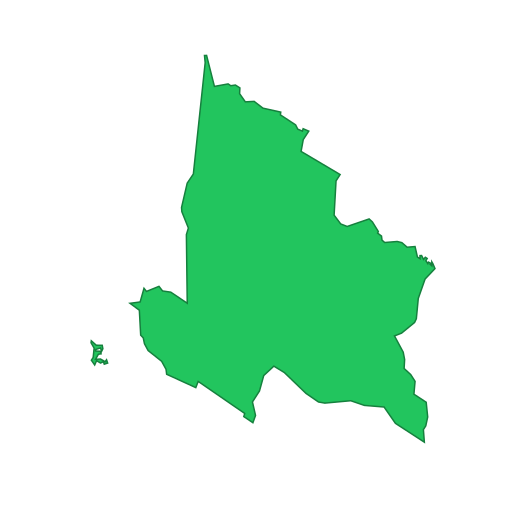 Galway City Central Lea-6, Galway, Ireland (Equal Earth projection), rotated 83°
{"feature_id": "5873133B36266904868513", "entity_name": "Galway City Central Lea-6", "entity_type": "district", "adm_level": 2, "iso_a3": "IRL", "parent_name": "Ireland", "parent_adm1": "Galway", "projection": "equal_earth", "projection_center": [-9.064, 53.286], "detail": "fine", "context": "isolated", "style": "filled", "palette": "green", "viewbox_px": 512, "rotation_deg": 83, "n_neighbors": 0, "source": "geoboundaries", "source_scale": "gbopen_adm2", "svg_char_len": 1800}
<svg xmlns="http://www.w3.org/2000/svg" viewBox="0 0 512 512"><g transform="rotate(83 256 256)"><path d="M461.3,111.6L448.7,111.0L445.3,108.2L436.7,105.2L421.9,104.9L412.4,116.1L399.8,113.4L392.5,116.9L385.7,122.7L376.9,121.1L369.4,121.6L352.2,128.3L350.3,120.9L341.3,106.7L337.8,104.5L317.9,100.1L299.5,91.0L290.3,79.9L285.1,81.4L283.3,82.2L287.2,82.7L285.5,84.1L284.8,83.1L283.1,85.6L284.5,86.4L281.4,88.0L279.3,86.4L277.9,88.1L279.8,90.1L275.7,91.6L275.6,93.2L278.7,93.5L276.7,95.9L266.0,97.0L265.7,104.9L260.5,109.6L258.8,114.1L258.3,126.6L255.6,129.0L251.5,129.0L248.1,132.5L246.6,131.6L236.4,136.3L233.0,139.2L237.8,161.9L234.5,168.0L225.0,173.5L191.2,167.4L185.4,162.6L157.7,198.5L146.2,194.9L138.5,188.4L135.4,193.7L137.7,194.7L135.2,199.1L130.7,200.7L118.9,214.6L116.2,213.9L110.1,231.1L102.3,239.0L101.7,247.8L92.9,252.5L87.2,251.5L83.8,255.6L83.9,260.3L81.8,262.7L82.6,276.6L50.9,280.6L50.7,282.7L58.0,282.9L167.0,308.2L175.3,315.4L198.8,324.0L203.0,324.2L220.0,319.7L226.3,322.5L294.5,330.0L281.5,345.0L279.3,353.0L274.3,356.0L277.8,369.0L274.4,371.1L287.5,376.6L287.6,386.8L295.6,378.4L320.5,380.1L323.5,377.9L329.5,377.4L336.7,374.6L349.0,362.5L357.5,359.1L362.5,359.1L379.3,331.8L373.5,328.7L374.9,327.0L410.9,286.4L413.9,287.7L421.1,279.4L414.2,275.9L400.4,277.3L390.4,269.0L375.6,262.9L367.5,251.7L375.1,242.1L398.5,223.1L408.5,211.8L410.4,205.6L411.2,179.6L417.5,166.6L421.5,147.3L439.1,138.0L461.3,111.6ZM339.3,422.9L339.0,427.9L334.3,424.4L334.2,421.7L331.6,422.1L330.8,426.6L329.3,426.7L328.3,421.6L331.7,420.8L329.4,419.3L325.9,419.5L325.1,425.4L320.1,429.8L322.0,430.3L327.7,427.9L336.9,430.0L339.4,432.1L344.5,429.4L340.5,427.0L343.3,423.3L342.3,420.3L344.9,419.8L344.2,416.3L340.8,417.0L342.5,418.6L339.3,422.9Z" fill="#22c55e" stroke="#15803d" stroke-width="1.5"/></g></svg>